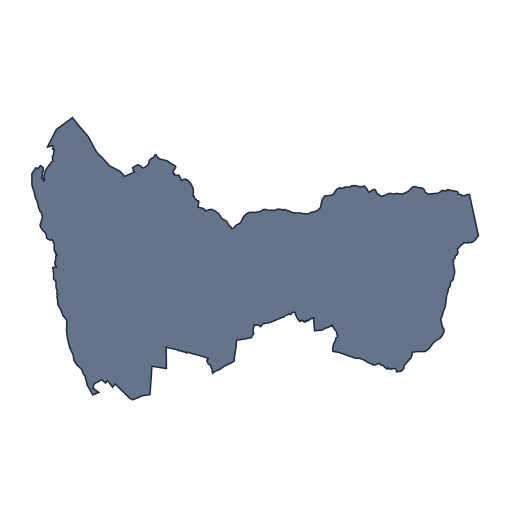 the district of Petricani, Neamt, Romania, rotated 269°
{"feature_id": "2599482B98903803240135", "entity_name": "Petricani", "entity_type": "district", "adm_level": 2, "iso_a3": "ROU", "parent_name": "Romania", "parent_adm1": "Neamt", "projection": "natural_earth1", "projection_center": [26.456, 47.138], "detail": "fine", "context": "isolated", "style": "filled", "palette": "slate", "viewbox_px": 512, "rotation_deg": 269, "n_neighbors": 0, "source": "geoboundaries", "source_scale": "gbopen_adm2", "svg_char_len": 6051}
<svg xmlns="http://www.w3.org/2000/svg" viewBox="0 0 512 512"><g transform="rotate(269 256 256)"><path d="M397.6,74.9L386.0,58.6L368.6,49.3L368.9,51.3L369.9,54.4L367.7,55.2L366.5,54.3L366.2,54.5L366.2,55.7L365.3,56.2L364.1,55.6L360.5,55.3L359.2,54.1L354.2,54.5L353.4,53.0L346.3,47.6L340.1,45.4L334.8,45.6L334.6,45.1L337.3,44.2L337.5,43.2L338.0,42.9L338.4,43.4L340.4,43.8L344.0,44.0L344.1,44.9L344.4,45.0L348.0,44.8L350.2,42.1L347.1,39.5L347.8,38.4L348.0,37.3L342.2,33.3L330.6,33.2L322.0,35.7L318.6,36.2L314.5,38.1L307.3,39.7L304.7,40.8L302.9,42.1L298.6,43.2L291.0,40.7L289.8,40.7L286.7,42.3L284.2,44.3L283.6,45.2L280.6,46.8L278.3,46.8L277.2,47.3L276.3,48.6L275.3,51.2L276.2,51.9L274.5,53.5L272.8,53.6L272.2,54.1L269.9,54.6L267.9,54.2L266.8,54.5L265.4,54.2L264.2,55.3L263.5,54.9L262.5,55.9L261.6,56.3L261.4,55.9L260.9,56.8L260.2,57.1L259.6,55.9L259.0,55.7L255.2,55.7L254.3,55.0L252.7,54.7L251.5,55.1L251.0,54.8L248.3,56.4L248.1,55.5L248.5,53.8L248.2,52.7L247.4,52.5L245.6,53.1L244.3,52.9L242.6,53.4L237.5,53.1L236.2,53.4L235.3,54.6L233.4,55.5L228.0,55.5L224.1,56.7L222.0,56.2L220.2,56.7L218.6,56.2L216.4,56.8L212.5,56.9L209.6,57.5L206.9,59.3L199.9,61.9L195.1,65.6L188.8,65.6L187.4,65.2L182.9,65.4L178.0,65.9L167.9,68.0L160.6,71.3L155.1,72.1L150.4,74.8L145.5,79.9L141.2,81.2L138.9,83.0L129.8,85.0L120.0,90.4L122.3,96.5L126.6,90.7L127.2,91.3L128.4,91.2L130.4,91.5L131.6,93.1L135.0,99.6L131.5,103.4L134.0,105.3L127.3,110.4L130.6,112.8L116.0,127.2L114.4,130.0L116.5,135.9L117.7,138.3L118.4,140.7L119.2,147.6L147.3,150.0L147.6,150.1L145.0,164.5L166.3,164.6L163.4,176.5L163.0,176.4L160.8,184.7L160.2,184.7L160.9,186.0L156.7,200.3L154.5,206.6L152.6,205.0L151.5,205.1L149.2,206.3L148.1,207.4L147.9,208.3L144.8,209.4L143.5,210.4L141.4,210.0L139.4,210.7L140.8,212.3L142.2,215.0L143.2,217.8L146.4,222.4L149.4,229.1L151.3,232.4L154.3,232.5L165.1,234.5L172.2,235.1L173.2,243.0L174.6,250.3L176.1,250.4L178.2,252.5L180.4,251.9L182.7,251.9L187.2,253.0L186.6,254.0L187.1,256.8L186.5,257.8L185.2,259.2L188.5,262.2L188.4,263.7L189.1,268.1L190.0,270.8L193.8,280.3L194.7,283.3L195.8,283.6L197.0,287.2L197.5,287.9L196.8,289.1L197.3,290.4L198.4,290.7L198.8,291.3L199.3,293.4L198.6,293.6L198.3,294.4L197.3,294.3L195.3,295.3L194.3,295.3L192.5,296.7L192.0,296.7L191.0,297.9L190.4,297.9L189.8,298.7L190.6,299.4L190.7,300.1L190.3,300.4L190.9,301.6L189.2,302.8L189.1,304.1L189.5,304.8L190.5,304.6L190.7,305.4L190.1,306.5L190.6,306.9L191.1,306.9L190.8,307.8L192.5,309.2L192.2,309.4L192.4,310.6L193.0,312.8L191.3,312.5L180.2,313.3L180.8,320.9L182.6,324.1L183.3,326.9L184.0,328.0L184.5,330.1L185.7,330.5L185.9,330.9L183.5,331.9L179.1,335.0L175.8,335.6L174.7,336.3L173.3,335.7L172.7,334.5L169.9,333.9L166.7,332.0L162.3,331.0L159.3,331.2L158.1,337.3L152.0,353.7L151.8,358.0L150.3,361.8L147.9,365.5L146.4,368.4L146.2,370.0L145.0,370.9L145.0,373.3L145.6,374.4L146.4,377.9L144.4,379.2L144.5,380.9L144.0,381.7L142.7,382.5L140.6,385.3L141.0,386.0L141.9,386.4L140.9,387.3L140.4,388.9L141.1,391.7L141.0,393.4L139.5,394.5L137.7,394.4L138.4,399.4L140.9,401.8L141.5,402.2L143.1,401.8L147.2,405.1L151.2,409.1L154.6,410.4L156.6,410.5L157.1,410.8L157.6,415.9L157.5,423.0L158.6,425.2L161.3,428.2L165.3,431.1L167.6,433.5L170.7,438.8L173.3,440.8L176.6,442.6L177.5,442.7L180.1,442.5L180.3,442.0L183.3,440.8L190.1,439.6L191.7,440.7L197.6,442.5L200.8,444.0L203.9,444.7L213.0,445.9L217.3,447.4L220.4,447.9L222.8,449.8L226.6,450.1L228.7,452.7L233.7,453.7L235.3,454.3L237.8,454.4L244.5,453.2L247.2,453.4L248.5,453.0L250.2,454.8L252.6,455.2L253.4,456.8L256.4,458.1L258.9,457.3L263.1,461.0L264.9,463.5L265.6,464.1L265.5,467.6L265.2,468.1L265.9,469.6L265.6,471.2L266.6,473.6L268.6,475.8L269.8,476.5L272.3,478.8L313.9,470.5L313.8,468.2L313.5,467.2L312.7,466.1L312.7,463.6L313.8,462.1L314.4,459.1L316.0,459.2L316.5,458.9L317.2,457.6L317.1,457.0L317.7,455.1L317.6,453.8L318.2,452.7L318.5,449.8L319.0,449.7L319.1,449.2L318.6,447.7L318.0,447.6L317.5,446.6L318.1,445.3L317.9,445.1L318.4,443.9L318.3,442.9L317.0,441.6L315.7,439.1L315.3,437.4L315.5,436.3L314.9,430.3L315.3,428.4L317.1,426.1L318.9,425.6L319.7,425.1L321.2,423.2L321.6,418.8L322.5,416.9L322.6,415.1L322.4,414.2L321.5,412.9L318.8,410.4L317.7,408.8L315.5,403.8L315.4,402.8L316.2,397.5L315.4,394.4L316.0,392.9L316.4,390.6L314.4,385.7L313.6,382.1L316.6,377.9L318.8,377.1L320.5,375.9L320.3,374.6L319.4,372.5L317.6,370.0L317.7,369.7L320.9,368.2L324.2,365.5L323.4,363.4L323.4,362.6L323.7,359.6L324.5,357.3L324.7,355.0L324.4,352.3L323.7,352.0L323.2,349.5L323.6,346.8L322.2,343.6L322.8,340.9L321.2,337.7L316.1,334.0L315.3,331.7L315.0,327.3L314.6,325.4L310.7,322.9L303.2,321.2L300.5,318.3L299.2,315.1L298.7,311.5L297.2,309.2L297.4,304.4L298.2,301.7L298.4,298.2L298.1,296.5L298.5,295.5L298.6,293.5L300.5,289.7L301.0,287.5L301.4,287.1L302.1,284.9L301.4,284.5L302.3,280.8L302.5,278.4L301.2,275.3L301.6,272.2L301.3,269.8L302.2,267.0L302.5,264.9L302.0,263.5L301.5,263.2L300.3,260.5L299.9,258.3L300.0,257.2L299.5,256.3L299.9,253.4L299.6,252.4L299.9,250.6L298.4,247.2L295.6,244.2L291.9,242.6L289.4,240.7L288.6,239.8L287.3,236.7L284.6,234.4L283.7,232.8L283.8,232.2L285.6,231.3L287.7,229.0L289.3,228.4L291.5,227.0L293.8,222.8L299.0,219.4L301.8,215.9L303.4,212.4L303.3,210.2L301.9,206.8L304.3,204.4L305.6,200.3L305.6,198.9L311.8,199.8L312.3,199.4L312.0,198.6L312.6,197.8L313.7,197.2L313.9,196.6L315.6,195.2L316.9,195.2L317.1,194.2L321.7,194.6L325.2,194.2L329.9,191.9L333.0,189.1L334.1,186.5L333.8,184.8L332.9,182.8L335.0,181.8L335.8,181.8L336.4,180.8L337.7,180.7L338.3,180.2L337.9,176.5L338.9,175.4L340.1,176.5L339.6,175.2L340.6,174.3L343.0,174.9L343.5,175.7L344.9,176.6L345.4,176.5L346.0,177.3L347.3,177.1L350.0,172.5L352.6,169.2L354.8,161.2L356.5,159.3L357.7,158.4L358.8,158.1L358.9,156.8L356.8,155.6L355.9,154.6L355.0,152.5L353.3,151.0L349.3,149.8L348.2,148.7L345.9,145.1L346.6,143.5L347.9,142.4L348.3,141.1L349.3,139.9L348.8,139.6L348.9,138.5L346.5,134.1L343.5,134.9L342.5,135.9L341.1,133.6L337.9,126.1L341.6,123.0L343.3,121.2L348.7,111.1L356.2,104.7L360.6,100.2L363.9,97.7L378.3,90.3L389.3,81.2L397.6,74.9Z" fill="#64748b" stroke="#1e293b" stroke-width="1.5"/></g></svg>